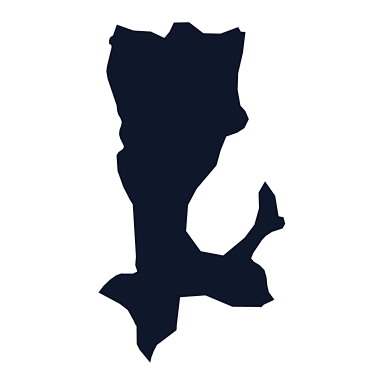 an SVG outline of Cahul
{"feature_id": "MDA-1624", "entity_name": "Cahul", "entity_type": "District", "adm_level": 1, "iso_a3": "MDA", "parent_name": "Moldova", "parent_adm1": "", "projection": "mercator", "projection_center": [28.292, 45.784], "detail": "fine", "context": "isolated", "style": "filled", "palette": "ink", "viewbox_px": 384, "rotation_deg": 0, "n_neighbors": 0, "source": "natural_earth", "source_scale": "10m", "svg_char_len": 1449}
<svg xmlns="http://www.w3.org/2000/svg" viewBox="0 0 384 384"><path d="M116.3,28.4L117.3,25.6L133.4,31.3L150.6,32.3L164.6,38.9L170.2,32.1L174.3,23.3L188.8,23.0L203.1,34.0L220.7,34.4L237.9,28.0L240.3,32.4L244.6,32.7L242.2,52.6L237.4,73.2L236.9,90.0L239.7,105.9L244.8,111.6L248.0,119.1L243.8,127.6L236.9,132.0L225.7,135.9L220.1,149.7L215.8,165.0L196.0,188.4L187.3,204.8L185.3,231.2L200.3,251.9L223.4,256.3L245.1,238.3L255.1,225.0L259.8,208.2L259.3,192.9L265.1,182.7L274.5,196.2L277.9,216.9L282.7,217.9L282.9,217.9L284.4,223.6L282.1,227.8L271.6,231.2L265.2,235.5L261.2,239.8L252.7,252.5L250.2,258.5L253.4,262.3L259.1,265.7L263.8,270.5L265.9,277.9L266.5,285.1L268.1,292.4L273.2,299.4L263.5,304.0L261.4,305.9L261.0,306.5L260.8,306.4L260.1,306.2L232.6,306.0L205.6,294.6L179.4,296.5L176.1,324.3L175.8,329.7L175.7,329.8L156.3,344.5L153.1,350.7L150.6,357.3L149.8,361.0L140.1,349.2L137.5,343.9L137.3,326.3L136.9,325.1L135.9,324.0L134.5,320.7L128.4,309.6L120.0,303.1L99.6,292.2L104.2,286.3L110.2,280.5L116.3,276.1L121.1,274.3L133.1,274.4L138.3,271.9L136.0,265.1L136.7,256.7L133.5,204.1L130.4,199.2L124.0,186.7L118.3,170.8L117.3,155.6L118.9,152.8L123.7,149.3L124.8,146.7L124.1,144.7L120.8,138.0L119.8,134.1L120.3,130.0L121.8,126.0L122.6,122.0L121.1,117.8L118.9,114.2L118.0,111.0L117.3,105.1L108.4,78.8L107.1,71.3L107.8,66.1L112.3,47.6L112.2,44.8L109.9,43.3L109.8,40.4L110.8,37.8L113.7,35.9L116.3,28.4Z" fill="#0f172a" stroke="#020617" stroke-width="1.5"/></svg>